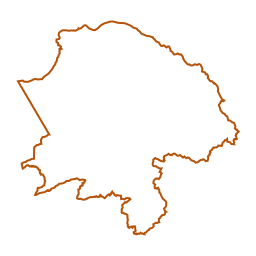 the district of Mackenzie District, Canterbury, New Zealand, rotated 91°
{"feature_id": "76426892B16622223508882", "entity_name": "Mackenzie District", "entity_type": "district", "adm_level": 2, "iso_a3": "NZL", "parent_name": "New Zealand", "parent_adm1": "Canterbury", "projection": "albers", "projection_center": [170.575, -43.938], "detail": "fine", "context": "isolated", "style": "outline", "palette": "amber", "viewbox_px": 256, "rotation_deg": 91, "n_neighbors": 0, "source": "geoboundaries", "source_scale": "gbopen_adm2", "svg_char_len": 5827}
<svg xmlns="http://www.w3.org/2000/svg" viewBox="0 0 256 256"><g transform="rotate(91 128 128)"><path d="M45.1,96.7L41.9,98.8L40.9,101.4L38.8,103.1L37.7,104.5L37.0,104.6L35.7,108.6L35.8,110.1L33.5,116.2L31.2,118.1L30.0,119.9L28.8,120.6L28.2,121.9L27.7,124.1L25.5,127.3L23.3,133.0L23.0,139.8L21.8,145.0L21.9,147.6L23.8,153.5L25.8,156.9L29.3,160.4L30.8,162.9L30.6,164.7L29.2,168.5L26.2,171.8L26.0,172.8L26.4,174.0L28.9,176.5L29.5,178.2L29.1,179.2L30.3,179.8L31.5,181.8L31.6,183.6L31.3,184.2L31.6,185.0L31.4,186.0L31.8,188.5L31.4,191.7L31.5,195.3L33.4,198.1L34.2,198.7L36.4,199.0L39.0,197.8L40.2,198.4L40.7,201.0L42.6,201.1L43.5,200.9L44.0,199.6L45.8,198.9L46.2,199.4L46.6,199.1L46.5,198.2L47.7,196.4L49.3,196.8L50.1,195.9L50.4,196.6L49.8,197.6L50.2,198.0L51.1,197.5L52.7,198.0L54.3,197.5L56.7,198.7L58.0,198.8L58.9,199.9L62.9,200.6L63.9,201.6L65.9,201.9L67.1,203.1L70.3,204.7L74.8,208.2L78.7,213.4L80.7,214.7L80.7,216.6L81.1,218.9L80.5,221.4L81.2,223.8L81.7,224.3L83.6,228.8L83.5,232.7L82.4,234.0L83.2,238.8L135.9,206.6L136.0,207.6L137.3,209.0L138.2,210.9L138.6,213.2L141.4,214.9L145.4,214.4L145.5,215.8L146.6,217.4L146.7,219.1L147.4,219.6L148.8,221.4L160.4,221.5L160.6,223.9L161.3,224.7L162.7,228.6L163.6,229.4L164.4,232.2L165.5,233.7L170.4,232.5L169.0,230.4L167.3,228.8L167.1,228.0L167.3,227.3L167.0,227.1L168.2,225.4L167.9,225.0L168.1,223.9L167.9,223.8L168.2,223.5L167.8,223.2L167.6,222.5L168.1,222.3L167.8,221.6L168.4,221.0L168.1,220.4L168.4,220.0L168.1,219.6L168.5,218.9L169.5,217.7L169.9,217.7L170.1,217.0L171.5,216.5L171.8,215.2L173.8,215.5L175.1,215.0L175.2,214.2L176.2,214.0L175.9,213.3L176.2,212.2L179.2,210.5L181.2,210.5L182.6,209.8L183.5,210.3L186.8,210.7L187.0,211.6L188.5,212.9L189.4,215.6L189.4,217.0L190.2,217.4L191.9,217.3L194.4,218.8L196.6,219.6L196.6,219.0L194.6,215.2L193.6,210.2L191.8,207.5L192.2,207.5L192.3,206.8L192.0,206.7L192.2,206.3L191.8,205.8L192.2,205.3L191.2,204.1L190.0,203.7L189.3,201.1L188.2,199.7L187.4,199.4L186.3,197.1L185.0,195.9L184.5,192.4L183.3,189.8L182.0,188.7L182.0,186.3L181.5,185.1L180.6,184.4L179.8,179.7L179.2,178.1L181.0,175.2L180.3,173.1L180.7,170.0L181.5,169.8L181.9,170.3L182.8,170.5L183.3,171.0L183.3,171.6L183.9,171.9L184.0,172.3L184.5,171.8L185.2,172.5L186.3,172.4L186.4,173.6L186.9,173.8L187.1,174.7L188.0,175.0L189.2,174.8L190.2,175.7L190.3,176.6L194.7,176.1L197.2,177.5L199.2,177.7L199.6,176.9L199.9,175.7L199.5,174.1L200.5,171.8L200.2,169.5L199.4,168.5L199.5,167.7L198.6,166.7L197.7,164.1L197.8,162.5L197.3,161.1L197.6,160.4L197.2,160.0L197.4,159.3L196.7,158.5L197.6,157.2L197.3,155.3L196.9,154.9L196.1,155.2L195.4,154.6L196.0,153.7L196.8,153.6L197.1,152.4L198.6,150.0L195.2,147.0L194.7,145.9L195.8,145.1L195.6,144.8L194.4,143.8L193.9,144.1L191.9,142.7L193.2,142.0L193.5,141.1L195.1,140.3L196.1,138.8L195.5,138.6L195.3,137.1L195.8,135.5L195.8,133.9L199.2,133.6L198.8,132.0L199.5,130.2L198.1,128.7L198.2,125.1L199.2,124.4L202.7,128.7L202.2,129.5L205.2,132.5L207.6,131.9L209.5,133.0L210.5,132.7L212.1,133.0L213.0,132.5L212.9,131.0L213.6,130.4L214.2,128.0L215.2,127.0L218.3,127.0L219.2,126.5L223.2,127.1L224.5,126.4L225.5,126.6L227.1,126.1L227.9,125.0L226.9,124.3L227.1,123.4L226.5,122.5L227.6,121.7L226.3,120.9L226.3,119.2L229.7,118.9L230.4,118.5L231.1,118.9L232.0,120.5L232.7,120.5L233.4,120.1L233.3,119.7L233.7,119.3L233.5,118.2L233.9,118.3L234.2,117.9L233.4,115.8L233.6,114.8L232.5,113.7L233.3,112.9L233.1,111.7L233.7,111.0L233.9,109.8L233.2,110.1L232.4,109.2L232.1,108.1L230.2,106.5L229.6,105.2L228.4,104.8L227.3,101.9L226.0,100.6L223.8,101.0L222.2,98.3L222.5,97.5L221.6,95.1L220.8,95.5L218.2,95.5L217.1,94.0L215.9,93.8L215.5,93.0L214.5,92.3L214.2,90.3L213.8,89.8L211.1,89.2L211.0,88.6L210.3,89.6L208.2,90.6L205.9,88.8L204.6,88.4L201.8,88.4L200.4,89.1L198.3,91.7L196.7,92.8L192.9,94.5L191.8,95.6L190.0,95.5L187.2,96.9L187.6,98.1L188.1,98.1L187.7,100.1L185.7,100.4L184.1,99.8L182.8,101.6L181.0,101.6L179.6,100.9L178.0,99.1L178.3,98.2L178.0,97.7L178.0,97.0L178.5,96.2L176.4,94.8L173.6,94.1L172.9,93.5L172.0,94.1L171.4,95.6L167.9,93.9L168.0,94.5L167.4,96.9L165.8,99.2L165.7,101.6L164.7,102.6L162.7,102.7L160.9,102.0L159.6,102.3L158.8,101.7L157.5,100.2L158.4,99.1L158.8,97.1L159.6,96.3L160.3,94.7L160.9,91.6L160.0,90.8L158.8,91.6L158.2,91.1L156.6,91.8L155.4,91.1L154.4,88.7L153.1,86.9L154.0,85.8L154.3,84.9L154.0,84.3L154.3,83.5L153.5,82.9L152.7,81.5L153.0,80.6L155.0,77.8L154.2,75.4L156.6,72.5L155.5,71.2L156.8,69.7L157.1,68.8L156.4,67.8L156.9,66.3L159.1,64.2L160.2,61.1L161.5,59.7L160.8,57.2L159.4,55.9L158.7,54.5L158.5,53.2L158.0,52.6L158.0,51.7L159.8,49.7L159.4,47.8L157.0,47.2L155.0,47.5L154.1,47.0L154.0,46.3L153.2,45.8L152.2,46.0L151.2,45.1L150.4,45.7L149.6,45.5L148.1,43.4L147.1,43.2L146.0,42.1L146.3,41.4L145.9,40.7L145.9,39.3L145.3,38.3L144.0,37.5L144.2,36.5L143.9,35.5L144.4,34.4L144.2,33.8L141.0,33.1L139.8,31.6L138.5,31.0L138.4,29.5L137.4,28.7L139.9,28.4L140.6,25.7L142.2,24.3L142.4,21.7L141.9,22.0L140.6,21.5L138.7,22.3L137.1,21.4L137.1,20.6L137.6,19.9L137.1,19.0L133.5,20.2L132.9,19.7L131.9,19.7L131.5,19.0L130.2,18.2L129.9,17.3L129.5,17.2L128.2,19.0L127.6,19.1L127.5,20.2L126.6,21.1L124.3,20.7L121.1,22.0L120.4,24.0L118.8,26.0L118.6,28.0L114.8,28.9L113.7,30.7L112.4,31.4L111.3,33.6L108.9,35.7L104.7,37.0L104.1,37.6L103.0,37.4L101.5,36.2L99.7,35.7L99.6,34.5L98.9,33.0L99.3,32.7L98.8,32.3L97.8,34.3L94.3,36.5L89.5,38.8L87.9,38.5L85.1,39.1L83.6,40.2L82.4,41.4L82.0,42.8L81.4,42.8L81.3,43.4L79.7,44.9L79.7,46.6L79.0,47.4L77.7,48.0L76.7,49.1L74.6,48.8L74.1,49.4L73.3,49.5L72.8,50.0L72.9,51.3L71.2,51.7L70.2,55.0L67.7,54.6L63.8,56.3L62.9,57.6L63.0,58.7L63.8,59.8L63.1,62.6L64.0,63.6L64.4,65.4L64.1,66.8L63.3,67.6L63.5,68.9L62.9,69.9L60.2,72.4L58.0,73.9L55.4,74.6L53.4,76.4L53.7,77.8L52.6,79.6L53.4,81.0L53.7,83.2L51.2,85.1L50.1,86.9L49.0,86.9L45.9,88.2L45.6,89.3L46.8,90.9L44.7,93.7L45.5,95.4L45.1,96.7Z" fill="none" stroke="#b45309" stroke-width="2"/></g></svg>